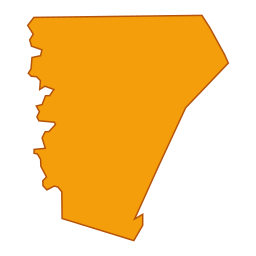 Burnet, Texas, United States of America (Mercator projection)
{"feature_id": "52423323B41129730997096", "entity_name": "Burnet", "entity_type": "district", "adm_level": 2, "iso_a3": "USA", "parent_name": "United States of America", "parent_adm1": "Texas", "projection": "mercator", "projection_center": [-98.33, 30.731], "detail": "fine", "context": "isolated", "style": "filled", "palette": "amber", "viewbox_px": 256, "rotation_deg": 0, "n_neighbors": 0, "source": "geoboundaries", "source_scale": "gbopen_adm2", "svg_char_len": 704}
<svg xmlns="http://www.w3.org/2000/svg" viewBox="0 0 256 256"><path d="M133.8,240.6L142.7,225.3L142.7,214.3L134.6,219.0L157.9,167.5L185.6,107.8L228.3,63.1L224.5,54.5L210.1,28.2L201.9,15.4L33.9,17.4L27.7,25.4L33.2,34.1L29.7,39.9L31.5,46.2L41.9,49.8L40.6,55.7L32.0,57.5L31.0,69.0L28.3,73.2L31.2,76.3L36.5,76.7L40.4,80.6L39.7,89.5L44.9,86.2L53.9,89.5L49.7,95.6L45.5,95.8L42.1,104.6L36.3,106.0L39.4,111.7L36.9,116.9L38.9,120.8L54.4,122.2L55.5,124.5L48.9,131.6L45.2,131.7L42.1,137.9L45.3,148.3L34.1,149.4L34.1,153.3L37.5,154.0L40.6,159.5L40.9,166.4L46.5,177.0L42.8,180.8L43.0,185.8L46.9,189.9L54.2,186.1L57.9,187.0L61.8,191.8L62.1,218.5L133.8,240.6Z" fill="#f59e0b" stroke="#b45309" stroke-width="1.5"/></svg>